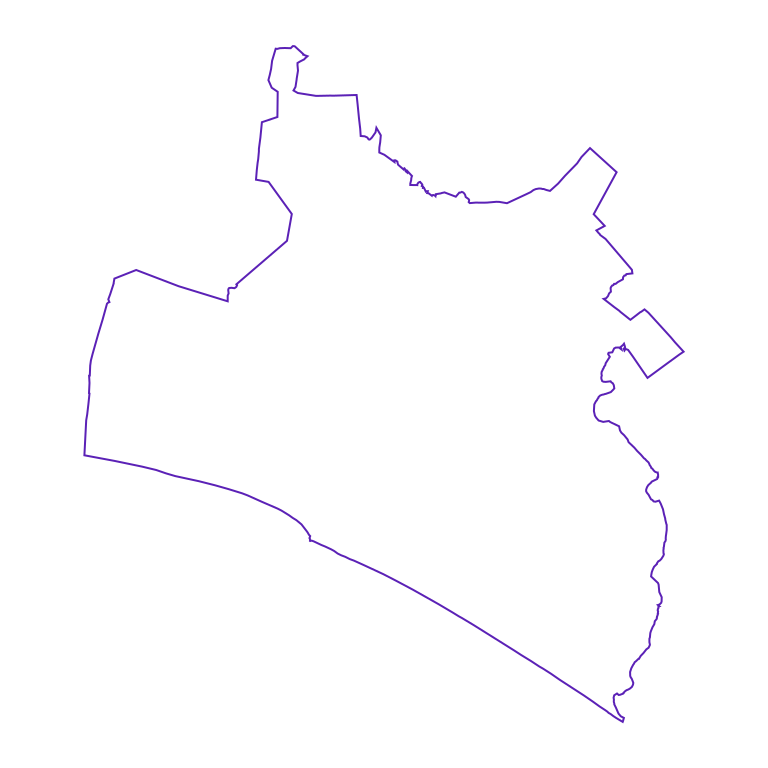 Santiago Pinotepa Nacional, Oaxaca, Mexico
{"feature_id": "50627088B36163788288008", "entity_name": "Santiago Pinotepa Nacional", "entity_type": "district", "adm_level": 2, "iso_a3": "MEX", "parent_name": "Mexico", "parent_adm1": "Oaxaca", "projection": "natural_earth1", "projection_center": [-98.073, 16.296], "detail": "fine", "context": "isolated", "style": "outline", "palette": "violet", "viewbox_px": 768, "rotation_deg": 0, "n_neighbors": 0, "source": "geoboundaries", "source_scale": "gbopen_adm2", "svg_char_len": 6045}
<svg xmlns="http://www.w3.org/2000/svg" viewBox="0 0 768 768"><path d="M114.4,278.6L113.6,283.2L113.7,283.4L110.2,294.2L108.3,299.3L109.4,302.1L108.0,302.7L107.0,303.7L102.6,319.6L98.3,333.8L92.6,353.9L90.9,360.5L90.2,365.6L89.8,375.6L89.1,375.7L89.5,383.0L89.0,393.2L89.5,393.5L88.4,404.1L87.2,414.4L86.2,420.3L84.4,455.3L114.5,460.9L142.0,466.6L156.2,470.0L166.1,473.4L175.3,476.1L198.9,481.2L215.1,485.3L228.5,489.1L242.1,493.3L247.6,495.4L262.1,501.9L277.6,508.6L281.5,510.6L289.1,515.3L292.7,517.9L296.3,520.1L301.5,524.4L306.5,530.9L307.6,532.4L308.9,534.7L310.2,536.1L309.5,538.0L309.8,538.2L310.1,540.7L310.0,540.9L310.1,541.0L311.6,540.6L313.6,541.3L321.4,545.0L325.1,546.5L331.1,549.3L334.2,551.0L337.6,553.5L341.2,555.3L345.2,556.8L349.8,559.1L353.9,560.6L363.4,564.9L383.2,574.1L396.0,580.7L412.9,589.7L438.6,604.2L452.8,612.6L458.8,616.3L461.9,618.0L473.7,625.1L513.9,650.3L521.0,654.9L531.1,661.1L539.3,666.5L542.8,668.5L551.1,673.8L559.9,679.9L583.8,695.4L592.7,701.5L599.5,706.4L605.3,710.2L607.4,711.7L608.6,712.9L610.6,714.0L613.2,716.0L616.4,718.1L622.7,721.9L623.0,721.1L623.9,717.9L620.8,716.3L618.5,713.6L615.9,707.6L614.3,704.4L614.3,703.5L613.8,701.9L613.9,699.5L613.6,697.7L614.2,695.3L617.0,693.5L618.7,695.0L620.0,694.8L623.2,693.6L623.4,693.4L623.2,693.2L625.0,691.3L626.5,690.2L628.3,689.5L629.9,688.6L631.9,686.9L633.0,684.7L633.3,682.9L632.5,680.7L631.6,678.5L630.8,677.5L630.2,675.9L630.1,672.0L631.3,668.3L633.1,664.9L633.9,663.8L634.7,662.2L635.9,661.3L638.6,658.7L639.0,658.8L640.7,655.9L643.5,653.0L646.3,649.4L648.6,647.7L649.8,645.2L649.9,644.5L649.4,642.2L649.4,638.8L649.9,637.4L650.3,633.1L650.8,631.4L652.5,627.2L654.3,624.2L654.8,621.2L656.7,618.9L656.9,618.0L656.8,617.6L657.1,616.8L657.0,616.5L657.5,615.5L657.9,614.2L657.7,614.2L657.7,613.8L658.1,611.7L658.1,611.3L657.8,610.9L657.7,610.3L657.9,609.8L657.8,609.2L658.6,607.7L658.3,607.0L658.7,606.0L659.0,606.0L657.9,605.0L659.5,604.5L661.2,602.8L661.6,601.4L661.7,597.2L659.3,592.1L658.6,584.6L658.0,583.0L651.1,576.5L651.3,574.8L651.8,572.1L652.8,569.4L654.1,566.7L656.8,564.1L656.7,563.9L657.2,562.9L658.3,561.3L659.7,560.6L661.3,559.0L663.4,555.7L663.9,554.1L663.5,553.2L663.4,550.0L663.7,548.7L663.5,548.0L663.9,546.8L664.4,542.6L665.5,541.0L665.8,539.6L665.7,538.3L665.9,535.8L666.1,534.6L666.7,530.0L666.7,524.9L666.3,523.8L665.3,519.7L665.2,518.5L664.0,514.2L663.0,509.3L660.7,503.6L659.1,500.6L655.5,501.7L653.6,501.4L652.4,500.0L651.0,499.3L648.6,494.8L646.8,492.6L646.1,491.1L646.2,489.5L647.0,487.2L648.3,485.1L651.2,482.5L651.6,481.7L657.1,479.0L658.0,477.3L657.5,477.1L658.1,475.9L658.1,474.7L657.7,472.6L657.4,472.7L655.1,471.8L653.8,470.6L652.2,468.5L651.3,468.0L650.8,466.6L649.6,464.9L649.2,463.7L648.5,462.4L646.3,460.4L645.1,459.0L644.0,458.3L641.1,454.9L637.1,450.9L634.3,447.6L628.6,442.2L627.6,439.5L624.1,435.2L621.3,432.6L620.0,430.4L619.1,426.3L610.3,422.1L608.9,421.0L603.2,421.9L598.6,420.5L596.1,417.6L594.9,415.6L593.9,411.1L594.3,404.4L595.6,401.9L596.3,400.8L596.8,400.4L597.9,398.3L598.4,397.9L598.6,397.0L600.2,395.5L602.3,394.7L603.6,394.5L605.0,394.0L605.7,393.9L610.8,392.1L613.3,389.6L614.3,388.4L613.8,385.2L612.8,383.3L611.3,382.3L610.6,381.3L605.7,381.9L603.4,381.7L602.2,381.1L601.4,378.9L601.3,377.8L601.4,376.8L601.8,375.5L601.5,374.1L601.5,373.1L601.7,371.8L602.7,369.9L602.8,369.2L603.4,368.6L604.1,366.7L605.2,365.3L605.7,363.2L609.8,356.8L608.1,354.0L608.6,352.8L612.3,352.3L614.1,348.5L615.7,347.6L618.9,347.5L621.4,349.4L620.6,347.0L622.9,345.1L624.0,343.7L624.7,345.8L625.1,347.4L623.7,348.8L624.5,350.5L625.5,348.9L628.1,349.9L632.7,356.3L647.5,377.9L667.5,363.2L679.3,354.6L683.6,351.7L675.0,342.3L670.8,337.3L648.4,312.7L644.5,309.4L641.2,311.8L640.4,312.1L630.4,319.8L629.7,319.3L620.3,311.8L619.3,310.8L614.1,307.0L603.7,298.9L606.1,298.3L608.0,296.1L609.1,293.4L610.9,291.7L610.6,288.1L611.1,286.9L612.2,285.5L613.4,285.1L614.1,283.9L615.6,283.9L617.8,282.1L622.9,279.3L623.1,277.2L624.4,275.5L625.6,275.4L626.4,274.1L632.4,273.4L631.9,269.8L605.6,239.0L600.3,235.1L599.8,234.2L598.4,232.8L596.4,230.4L604.7,225.9L593.7,214.2L616.6,172.2L590.0,148.1L581.5,157.0L577.1,163.4L565.0,175.8L558.1,183.6L550.0,190.9L546.4,190.0L543.7,189.0L542.4,189.0L541.1,188.6L539.0,188.5L535.7,189.1L533.4,190.1L530.7,192.1L525.9,194.4L507.0,203.2L499.3,201.9L496.3,201.8L486.9,202.6L482.5,202.7L475.7,202.6L469.8,203.1L468.7,202.1L469.1,200.7L469.1,200.0L468.6,199.1L465.7,197.0L465.2,195.1L464.3,193.5L463.1,192.4L461.8,191.9L460.4,192.6L459.3,192.6L455.8,196.7L444.5,192.4L441.8,193.0L440.7,193.4L435.8,194.2L435.8,195.5L435.3,195.7L435.3,196.0L434.8,195.5L433.2,195.0L431.9,195.3L431.8,195.7L428.6,193.3L427.2,193.1L427.8,191.2L425.9,191.2L425.7,191.4L424.0,187.8L422.9,187.9L423.0,186.5L421.8,186.0L422.3,184.6L421.4,183.3L420.8,182.9L420.2,181.9L419.5,182.0L418.3,182.7L417.1,184.6L417.2,185.1L410.3,185.0L410.3,183.5L411.2,180.0L411.2,178.9L411.7,176.6L412.0,176.0L407.5,171.2L407.3,172.6L405.8,171.4L405.7,170.1L404.4,168.3L403.4,168.9L403.4,169.3L398.4,165.0L398.0,164.5L397.5,162.5L397.4,161.6L395.5,160.3L394.4,160.3L394.5,162.1L384.4,154.8L379.3,152.5L379.3,149.4L379.4,147.2L380.2,142.2L380.8,135.3L376.4,127.8L375.5,132.4L371.8,137.7L370.0,139.4L369.5,139.6L368.9,139.5L368.5,139.2L367.3,137.5L364.7,136.3L360.7,136.0L360.2,128.7L359.0,118.5L357.6,104.3L356.6,95.0L332.8,95.7L330.6,95.6L316.1,95.9L297.8,93.0L293.5,90.5L295.5,86.9L296.6,79.7L296.7,78.6L298.0,70.6L297.5,65.2L297.5,63.0L300.2,61.4L304.3,59.3L304.8,58.6L307.5,56.2L303.3,54.7L303.5,54.3L296.4,47.8L294.9,46.4L293.9,46.1L292.8,46.1L290.7,48.2L284.7,48.0L279.8,48.2L277.2,48.9L275.7,48.7L272.1,60.8L271.1,68.9L269.8,74.8L268.4,80.1L271.7,87.7L277.7,91.8L277.4,117.0L261.9,122.2L260.4,137.5L258.9,148.9L258.9,151.4L258.2,159.1L257.6,162.9L256.8,170.0L256.0,179.7L268.6,181.9L291.8,214.0L287.0,240.8L236.4,284.3L237.1,285.1L236.3,286.9L235.3,287.7L234.4,288.2L231.5,287.8L229.2,288.0L228.6,288.6L228.2,290.0L228.6,293.4L227.7,295.6L227.7,301.3L178.6,286.2L136.2,270.0L114.4,278.6Z" fill="none" stroke="#5b21b6" stroke-width="2"/></svg>